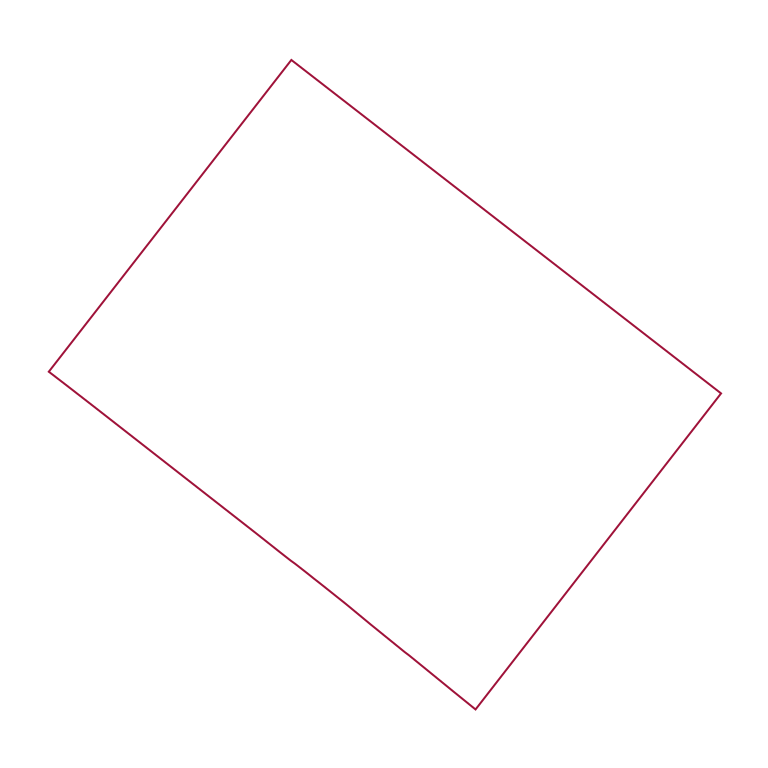 Bailey, Texas, United States of America (Albers equal-area conic projection), rotated 308°
{"feature_id": "52423323B27652723515833", "entity_name": "Bailey", "entity_type": "district", "adm_level": 2, "iso_a3": "USA", "parent_name": "United States of America", "parent_adm1": "Texas", "projection": "albers", "projection_center": [-102.997, 34.069], "detail": "fine", "context": "isolated", "style": "outline", "palette": "rose", "viewbox_px": 768, "rotation_deg": 308, "n_neighbors": 0, "source": "geoboundaries", "source_scale": "gbopen_adm2", "svg_char_len": 478}
<svg xmlns="http://www.w3.org/2000/svg" viewBox="0 0 768 768"><g transform="rotate(308 384 384)"><path d="M584.1,655.4L582.3,111.5L187.3,112.3L187.4,123.5L187.5,138.3L187.6,174.5L187.6,335.2L187.6,363.0L187.6,372.5L187.5,390.7L187.4,405.3L187.4,412.5L187.4,413.8L187.4,414.7L187.4,419.4L187.6,424.5L187.6,440.9L187.5,448.6L187.5,457.0L187.2,489.3L186.3,521.7L185.5,565.5L185.6,570.8L184.4,628.0L183.9,656.5L584.1,655.4Z" fill="none" stroke="#9f1239" stroke-width="2"/></g></svg>